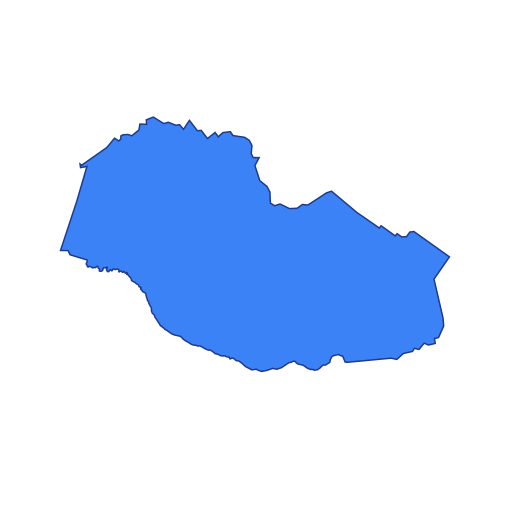 the district of El Dorado, California, United States of America, rotated 36°
{"feature_id": "52423323B41898924582889", "entity_name": "El Dorado", "entity_type": "district", "adm_level": 2, "iso_a3": "USA", "parent_name": "United States of America", "parent_adm1": "California", "projection": "albers", "projection_center": [-120.618, 38.785], "detail": "fine", "context": "isolated", "style": "filled", "palette": "blue", "viewbox_px": 512, "rotation_deg": 36, "n_neighbors": 0, "source": "geoboundaries", "source_scale": "gbopen_adm2", "svg_char_len": 3630}
<svg xmlns="http://www.w3.org/2000/svg" viewBox="0 0 512 512"><g transform="rotate(36 256 256)"><path d="M443.8,196.3L413.6,170.1L413.0,143.0L369.3,143.4L366.4,146.2L366.4,151.9L362.7,154.9L357.0,155.0L356.8,157.9L339.4,158.0L339.4,160.9L312.2,161.5L279.0,159.2L275.9,163.5L268.0,184.3L263.3,187.0L261.2,193.2L255.2,198.0L244.9,199.8L241.5,204.4L236.5,204.7L229.7,196.1L224.0,193.3L214.8,192.8L202.0,183.5L200.7,174.6L195.7,178.1L191.9,175.9L187.8,169.0L182.6,166.4L177.0,166.7L166.6,172.1L162.2,170.5L156.7,175.6L155.4,181.7L150.3,180.1L147.7,189.5L137.9,186.6L134.9,189.1L122.4,185.4L122.9,196.1L116.9,194.7L114.4,197.3L106.4,199.4L103.5,203.1L92.2,203.9L91.3,204.0L87.2,210.3L90.1,213.8L84.5,217.5L87.2,222.8L84.8,231.8L80.9,233.0L77.1,236.2L76.1,238.3L77.9,240.8L77.3,243.6L72.3,243.8L71.6,255.7L61.6,285.0L59.6,285.0L62.1,287.6L66.6,283.0L78.7,316.7L94.6,366.4L100.8,362.1L104.8,364.3L120.8,358.8L121.1,358.6L121.9,358.5L122.6,359.3L122.7,360.1L123.0,361.2L123.0,361.6L123.3,362.3L124.0,362.5L125.4,363.1L125.7,363.6L126.5,363.7L126.9,363.4L127.1,362.4L128.0,362.1L128.9,361.8L129.6,361.6L130.5,361.7L131.1,361.5L131.7,360.3L132.8,360.0L133.3,358.4L133.4,357.8L134.0,357.4L134.5,357.7L135.8,358.6L136.4,358.5L136.9,358.4L137.5,359.0L137.6,359.6L138.0,360.1L138.5,360.1L139.5,359.6L140.1,358.7L140.4,358.0L140.1,356.8L139.6,356.0L139.7,355.0L140.4,354.6L141.4,353.8L141.6,352.9L142.2,352.6L142.6,352.8L142.7,353.8L142.6,354.3L143.2,355.1L144.1,355.6L145.2,355.8L146.0,355.3L146.0,354.6L146.0,353.3L146.1,352.9L146.5,352.5L147.2,352.8L148.1,352.7L148.3,352.0L148.0,351.4L148.1,350.5L148.6,350.1L149.3,349.8L150.3,349.6L150.7,348.7L151.3,348.3L151.9,347.9L152.6,347.6L153.2,347.9L153.8,348.4L153.9,349.0L154.6,349.3L154.9,348.8L155.1,347.9L155.9,347.4L157.5,347.7L158.1,347.2L158.1,346.8L158.3,346.1L158.9,346.1L160.4,346.7L161.3,345.2L162.1,345.7L161.9,345.8L162.2,346.7L164.2,346.5L165.4,347.1L166.4,347.2L167.8,347.4L169.8,349.0L171.4,348.9L173.4,348.5L175.6,348.8L177.4,348.3L179.8,349.6L180.9,349.0L181.8,349.5L181.7,349.9L182.6,350.8L183.9,350.7L185.0,351.3L186.0,351.5L186.8,351.0L188.9,351.2L190.8,353.0L192.7,354.4L194.6,355.9L195.6,355.8L196.5,356.8L198.3,357.9L199.8,358.6L201.7,359.3L203.8,362.0L205.7,363.2L208.2,363.4L210.3,364.9L213.9,366.2L217.4,367.6L219.9,368.6L221.1,368.2L222.3,368.7L223.8,368.5L224.8,368.7L225.8,369.0L226.7,368.6L228.5,368.6L229.9,368.5L231.2,368.6L232.2,368.5L233.8,368.5L235.1,368.1L236.2,367.9L237.3,367.5L239.2,366.6L240.7,366.0L242.2,365.4L244.0,365.7L245.5,366.0L247.7,366.1L249.4,366.0L250.7,365.8L252.0,365.6L253.5,365.6L255.0,365.5L256.7,365.1L258.5,364.5L259.6,363.6L261.8,363.1L263.2,361.8L265.2,361.4L267.0,361.2L268.9,361.0L270.8,360.7L272.9,360.1L274.4,358.9L278.7,358.8L280.3,359.1L281.1,358.4L282.0,358.4L283.0,357.8L284.2,357.7L285.4,357.6L286.9,357.0L288.2,356.1L289.7,355.0L291.0,354.9L292.7,354.2L293.9,353.7L294.6,354.1L295.4,354.5L295.9,354.0L296.6,352.6L297.7,352.1L299.0,352.0L300.7,352.3L302.1,352.0L303.8,351.0L308.0,351.1L312.4,351.6L319.5,350.6L322.8,347.4L324.9,347.2L328.5,346.0L332.2,341.9L335.5,337.2L339.5,335.3L342.3,331.3L344.2,326.0L345.3,323.1L347.1,321.1L347.8,319.4L349.4,318.3L351.0,318.7L353.3,318.8L358.4,316.6L363.4,316.6L366.8,315.7L368.3,314.7L369.3,314.0L370.2,314.2L372.6,311.9L373.6,309.1L374.2,305.1L376.5,303.1L376.9,301.9L378.2,298.8L377.0,295.9L376.5,292.7L377.4,291.0L380.3,287.5L385.3,286.2L390.4,289.4L392.0,288.6L425.4,259.2L430.7,256.9L432.5,248.3L438.7,241.2L438.4,237.6L442.8,235.8L443.3,227.7L447.9,226.6L452.4,221.4L448.9,217.8L451.6,214.7L449.0,202.3L443.8,196.3Z" fill="#3b82f6" stroke="#1e3a8a" stroke-width="1.5"/></g></svg>